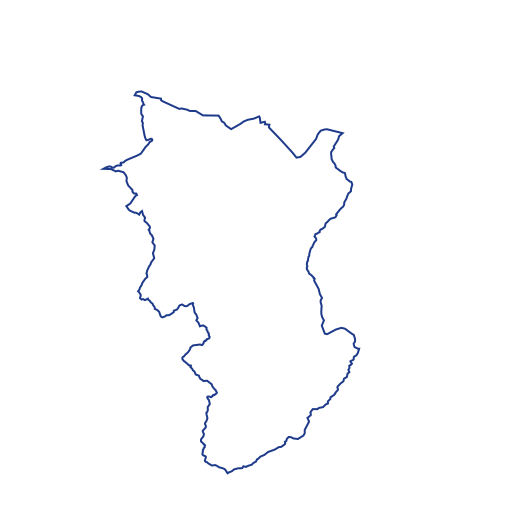 Savarsin, Arad, Romania, rotated 160°
{"feature_id": "2599482B64767157577380", "entity_name": "Savarsin", "entity_type": "district", "adm_level": 2, "iso_a3": "ROU", "parent_name": "Romania", "parent_adm1": "Arad", "projection": "robinson", "projection_center": [22.304, 46.053], "detail": "fine", "context": "isolated", "style": "outline", "palette": "blue", "viewbox_px": 512, "rotation_deg": 160, "n_neighbors": 0, "source": "geoboundaries", "source_scale": "gbopen_adm2", "svg_char_len": 6084}
<svg xmlns="http://www.w3.org/2000/svg" viewBox="0 0 512 512"><g transform="rotate(160 256 256)"><path d="M369.6,390.1L362.6,387.3L358.7,383.4L356.4,383.3L351.8,380.0L350.7,376.4L350.6,373.7L352.1,370.7L352.0,366.1L349.5,360.1L350.1,358.7L349.4,356.6L347.1,355.6L347.0,354.0L348.0,353.9L349.3,353.3L356.2,348.3L360.8,347.2L359.7,343.1L359.0,341.8L355.6,338.4L354.0,337.7L352.2,335.8L351.6,334.8L349.7,336.6L347.7,337.2L348.1,333.2L347.1,330.1L348.6,327.8L348.8,326.8L347.2,324.3L345.8,320.2L345.8,319.3L346.4,318.2L347.9,317.4L347.5,316.2L347.7,315.3L347.7,313.0L346.8,311.3L346.9,310.8L346.5,309.3L346.7,308.9L346.5,307.2L348.7,304.3L347.6,300.4L349.4,296.7L351.9,293.9L352.4,288.7L356.9,285.7L357.9,284.3L360.0,282.8L363.0,279.8L364.9,277.1L364.7,276.2L365.3,273.5L367.8,272.5L372.1,269.5L373.5,267.7L375.7,266.1L376.9,264.5L378.9,263.1L378.3,262.1L377.6,259.1L378.2,257.6L379.1,256.7L379.4,255.9L378.2,254.1L376.9,254.2L375.4,252.5L372.2,252.9L372.3,252.2L372.0,251.4L371.2,250.5L370.8,248.7L369.5,246.5L369.4,244.4L368.9,243.3L368.8,242.3L369.2,240.9L367.2,239.0L366.1,236.6L366.2,232.2L365.7,231.1L365.1,230.4L362.6,230.3L360.4,230.9L357.7,230.1L353.7,231.0L352.5,231.4L351.9,232.7L348.6,232.7L346.7,233.9L345.6,235.2L344.2,235.8L342.0,235.7L340.3,233.5L338.8,232.7L337.5,232.6L334.9,233.5L330.6,233.4L331.6,232.9L331.9,232.3L332.1,231.4L332.0,229.0L333.0,223.8L332.2,221.6L332.1,217.6L334.0,216.1L334.0,215.6L332.9,213.1L332.7,209.1L331.5,209.2L329.4,208.8L327.7,206.8L327.0,205.4L327.7,203.9L327.2,202.1L327.4,201.2L327.2,200.0L326.8,199.6L327.2,198.0L327.6,197.5L327.2,195.8L328.2,194.6L330.6,194.6L331.0,194.5L331.5,193.7L332.5,193.9L333.0,193.3L334.2,193.4L335.4,191.7L336.8,190.8L337.3,190.8L338.9,192.0L345.8,193.5L349.0,192.4L349.7,191.1L351.3,189.8L353.4,188.5L355.9,187.6L358.1,186.3L359.3,186.1L360.2,185.3L360.4,184.4L359.7,181.9L358.9,181.1L358.8,180.6L357.0,177.6L356.7,176.5L354.7,175.4L354.6,175.0L355.6,174.2L354.6,171.9L354.3,170.0L353.3,168.4L353.2,165.3L350.6,163.1L350.6,161.1L350.3,159.5L349.0,158.0L348.2,156.5L344.6,155.5L341.5,150.6L341.6,148.4L340.7,145.5L339.9,144.0L339.5,141.1L340.0,140.4L341.8,140.0L342.5,139.6L343.2,139.5L343.7,140.0L344.5,139.8L345.1,139.1L346.1,138.7L346.7,138.7L347.5,139.6L348.6,140.2L349.7,140.4L350.1,139.9L350.3,139.1L349.5,136.5L350.1,132.6L353.0,130.6L354.1,127.4L355.3,126.1L356.3,125.6L356.8,123.5L357.0,120.8L357.3,119.9L359.3,117.6L360.8,116.6L361.4,115.6L361.2,113.5L361.8,112.2L365.7,110.0L366.0,109.5L365.9,106.3L366.1,105.9L367.4,104.3L370.0,102.8L370.6,102.0L371.1,100.7L371.0,100.3L370.0,98.6L369.5,97.1L368.9,96.6L368.7,95.5L369.3,95.2L369.5,94.0L371.0,93.2L371.2,92.6L372.4,91.7L372.7,90.5L373.5,89.4L374.2,87.8L373.9,86.9L372.0,85.1L371.8,84.3L374.1,81.1L373.7,79.8L372.6,79.0L371.6,77.2L369.4,74.6L368.8,74.1L365.9,73.5L364.4,72.1L363.0,70.1L360.6,68.5L358.4,66.6L357.5,64.1L357.3,62.2L356.9,61.5L356.2,61.9L352.4,62.0L349.5,63.0L345.4,62.6L342.2,61.5L341.3,61.5L339.8,62.7L337.5,61.2L336.0,61.5L331.1,61.4L329.6,62.3L326.2,62.9L324.8,64.5L323.3,64.7L320.4,66.0L316.2,66.2L311.7,67.7L304.4,67.7L299.9,68.6L297.8,68.0L293.4,69.2L292.6,70.0L292.4,71.5L290.7,71.9L289.7,73.5L287.4,74.7L286.9,74.7L284.9,73.6L283.3,71.8L279.2,69.7L273.1,71.0L271.6,72.0L270.7,73.1L269.7,75.9L262.9,82.1L262.8,83.4L263.0,86.3L259.1,87.6L258.7,88.3L258.3,90.5L255.1,92.7L250.7,91.1L248.9,91.7L244.7,91.1L241.1,92.7L238.8,92.8L238.6,93.9L238.0,94.9L235.1,96.2L234.3,97.8L230.1,98.7L229.5,99.3L228.6,99.5L228.2,100.4L225.0,102.0L224.6,102.6L224.4,104.9L224.0,105.4L220.1,107.3L216.7,108.4L215.3,110.6L212.0,111.2L210.2,114.2L208.0,114.9L208.1,117.4L206.4,119.0L205.9,121.0L203.9,121.3L202.7,122.0L203.4,124.3L203.3,124.8L200.0,125.2L199.5,125.6L198.7,127.5L198.2,127.9L195.7,128.3L193.4,130.1L190.8,133.6L191.9,134.0L194.5,136.7L194.5,138.9L194.1,140.4L192.2,141.7L191.3,144.1L191.1,148.4L192.5,150.1L197.3,157.3L200.4,159.3L206.1,159.6L215.8,158.2L217.9,159.5L218.0,168.1L214.2,172.2L214.7,175.7L214.5,178.8L213.6,181.6L211.3,186.9L211.1,190.4L210.2,192.5L208.3,193.9L209.0,198.3L208.4,203.8L209.8,212.9L208.7,214.5L208.9,215.4L209.4,215.5L209.3,216.3L210.5,219.0L212.1,221.3L212.0,223.2L212.7,226.0L212.2,227.9L211.3,228.6L211.2,230.4L210.7,231.6L209.8,233.1L209.0,233.6L207.2,237.0L206.0,237.9L205.1,239.9L202.4,243.7L201.6,244.5L199.9,245.2L199.6,245.9L196.0,249.3L194.1,250.1L193.6,251.3L193.6,252.5L194.4,254.2L192.5,256.3L191.0,256.1L189.4,256.6L188.1,256.6L187.6,257.8L186.2,258.8L185.0,258.7L181.4,259.8L179.3,262.9L177.5,263.5L174.2,265.2L172.9,265.5L168.7,265.2L167.9,265.4L166.2,266.9L166.4,267.8L160.4,271.4L157.1,272.7L155.7,274.0L154.7,276.2L151.6,278.8L148.8,282.2L147.7,283.2L144.7,284.3L143.7,286.6L141.1,290.2L141.0,292.4L141.2,293.1L142.2,293.7L144.5,297.4L144.6,300.4L144.0,303.3L144.4,303.9L145.6,304.6L147.2,306.4L150.8,311.9L150.3,313.9L150.7,316.4L151.5,318.1L151.8,321.4L151.3,322.7L150.5,326.4L149.5,328.3L145.5,330.8L145.5,332.3L140.0,336.5L138.5,337.9L137.1,340.1L132.6,341.8L145.9,350.8L148.6,351.5L152.4,351.6L156.3,349.2L159.6,345.4L174.4,336.2L180.4,333.9L184.3,334.6L186.3,340.5L192.7,356.1L199.9,372.4L198.5,374.8L202.5,376.7L201.9,377.5L201.8,379.1L206.2,379.6L205.1,384.7L205.3,386.1L210.9,385.8L217.2,386.8L221.6,386.6L225.3,385.5L236.0,383.7L239.7,389.0L240.3,392.1L242.1,394.3L242.2,396.5L243.1,400.7L257.8,406.3L263.0,412.8L268.7,415.0L270.6,417.0L275.5,420.1L277.7,420.4L290.5,433.0L291.9,434.8L291.5,436.4L300.3,441.3L302.3,445.0L307.3,449.8L309.9,450.5L312.3,450.8L315.0,448.5L311.3,446.4L309.6,444.6L309.1,443.0L309.8,441.6L309.9,440.1L309.5,438.9L309.8,437.6L309.5,436.5L310.5,436.6L312.2,435.7L313.3,434.0L314.5,431.0L315.2,428.8L314.5,425.9L317.1,421.7L316.8,419.8L317.9,417.5L319.5,407.4L319.7,404.4L319.4,402.3L318.1,402.0L314.5,402.1L313.7,401.2L313.9,400.2L314.9,399.7L316.9,399.5L318.9,397.9L322.5,396.2L329.1,391.6L333.3,391.0L344.2,390.5L346.8,390.0L348.4,389.2L351.2,389.8L351.7,389.3L351.4,388.1L351.6,387.4L352.9,387.5L354.8,388.4L356.9,388.5L359.2,387.6L360.7,388.2L362.0,389.8L363.8,390.5L366.7,390.5L369.6,390.1Z" fill="none" stroke="#1e3a8a" stroke-width="2"/></g></svg>